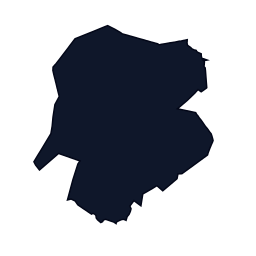 outline of Bella Vista, Chiapas, Mexico, rotated 101°
{"feature_id": "50627088B83427563919964", "entity_name": "Bella Vista", "entity_type": "district", "adm_level": 2, "iso_a3": "MEX", "parent_name": "Mexico", "parent_adm1": "Chiapas", "projection": "albers", "projection_center": [-92.25, 15.623], "detail": "fine", "context": "isolated", "style": "filled", "palette": "ink", "viewbox_px": 256, "rotation_deg": 101, "n_neighbors": 0, "source": "geoboundaries", "source_scale": "gbopen_adm2", "svg_char_len": 3116}
<svg xmlns="http://www.w3.org/2000/svg" viewBox="0 0 256 256"><g transform="rotate(101 128 128)"><path d="M137.8,44.7L136.4,44.5L134.1,44.1L131.8,43.7L130.0,43.3L129.5,43.2L128.8,43.1L125.9,42.4L124.1,42.1L122.7,42.7L121.5,43.3L119.7,44.2L118.5,44.9L118.0,45.2L117.9,45.3L117.7,45.4L116.5,46.9L113.2,50.3L113.0,50.6L112.8,50.9L111.4,52.6L108.9,55.1L106.2,57.9L104.5,60.0L102.5,61.9L102.1,62.5L101.7,63.1L100.0,64.5L99.7,83.2L89.7,75.2L80.9,69.0L80.4,68.7L79.5,68.2L76.9,66.6L78.5,63.1L77.2,61.8L73.7,58.5L73.3,58.4L66.5,60.3L57.3,62.8L54.3,63.7L52.9,65.4L51.9,65.2L51.5,65.2L50.4,65.4L49.1,65.5L48.2,65.7L47.8,65.9L47.5,66.4L47.3,66.8L46.7,64.5L46.2,63.3L45.9,65.3L45.9,65.5L45.6,66.9L45.8,68.0L45.7,68.5L44.4,69.3L43.8,69.6L43.0,69.9L41.2,70.3L40.3,74.4L40.0,74.7L39.7,75.1L39.5,75.4L38.9,75.8L38.7,76.2L38.7,76.6L38.9,77.2L38.2,80.1L37.9,80.7L37.8,80.8L37.1,81.7L37.1,81.8L36.7,82.5L36.0,84.2L35.9,84.3L35.7,85.2L33.3,86.3L31.5,86.5L30.0,86.7L30.2,87.2L30.4,87.6L30.9,88.7L31.3,89.7L31.3,89.8L32.3,92.0L32.5,92.0L32.9,93.8L32.9,94.0L33.3,95.0L33.8,96.1L34.7,98.2L34.8,98.3L35.0,99.1L35.8,101.3L36.5,103.4L36.6,103.5L36.7,103.8L38.3,107.9L39.3,110.7L39.6,111.6L39.8,111.7L40.4,113.4L39.7,114.9L39.6,115.8L39.5,117.7L39.3,119.7L39.2,121.8L39.0,123.7L38.9,124.4L38.8,125.7L38.8,126.5L38.7,127.4L38.5,129.1L38.2,133.4L38.0,135.8L37.8,137.7L37.5,141.3L37.4,142.5L37.3,144.2L37.1,145.7L36.7,151.6L36.6,151.9L36.3,152.4L35.8,153.4L34.5,157.1L33.6,159.7L32.6,163.3L31.4,167.5L32.7,169.6L36.5,175.4L40.0,180.7L42.3,184.3L45.4,189.1L48.9,194.5L50.5,197.0L54.6,199.0L57.8,200.6L59.7,201.5L61.0,202.1L62.0,202.6L65.4,204.3L67.0,205.1L73.5,208.3L73.9,208.5L75.4,209.3L76.1,209.6L77.2,210.2L78.7,210.9L79.5,211.4L79.7,211.6L79.9,211.7L81.3,212.5L82.4,213.1L82.5,213.2L84.5,212.9L85.9,212.7L86.3,212.5L89.5,211.1L91.2,210.3L93.5,209.2L94.7,208.6L95.7,208.2L96.7,207.7L98.0,207.1L100.2,206.1L102.7,205.0L102.9,204.8L104.6,204.1L106.1,203.4L107.8,202.6L108.4,202.3L110.2,201.5L114.1,202.7L118.9,204.2L131.5,203.7L140.6,202.8L148.3,202.6L167.0,209.4L171.4,211.1L175.5,212.6L179.1,213.9L181.9,211.7L186.1,206.9L166.2,191.3L169.5,168.8L172.8,170.3L189.2,172.2L210.2,173.7L208.9,171.0L208.6,170.2L208.7,169.8L208.9,169.1L209.7,166.0L212.4,163.2L213.0,162.6L213.1,162.1L213.4,161.8L213.6,161.1L213.9,160.5L214.2,159.8L214.4,159.3L215.1,157.7L215.4,157.1L215.6,156.5L215.9,155.9L216.1,155.4L216.3,154.8L216.6,154.2L216.8,153.6L217.1,153.0L217.5,152.0L218.1,150.8L218.3,150.1L218.7,149.3L219.0,148.5L219.5,147.4L218.5,146.1L218.9,144.3L219.9,142.8L222.4,142.0L223.9,140.4L226.0,136.7L224.8,135.1L223.9,134.8L223.0,134.6L221.9,132.5L222.2,130.1L222.7,126.7L223.0,124.1L224.1,121.5L223.2,121.5L222.4,121.1L221.9,120.8L221.2,119.8L220.8,119.3L220.2,118.4L219.5,117.5L219.1,116.6L218.5,115.3L218.8,112.9L219.0,112.3L215.2,111.9L212.6,110.5L209.5,109.8L206.7,109.6L204.3,111.3L198.1,108.3L198.4,107.9L201.9,100.5L189.9,100.9L187.4,97.9L185.2,95.4L182.8,92.6L179.4,89.0L179.3,88.2L183.0,81.9L168.4,70.2L163.5,70.2L162.6,66.4L151.0,55.6L139.3,44.8L138.8,44.8L138.6,44.7L137.8,44.7Z" fill="#0f172a" stroke="#020617" stroke-width="1.5"/></g></svg>